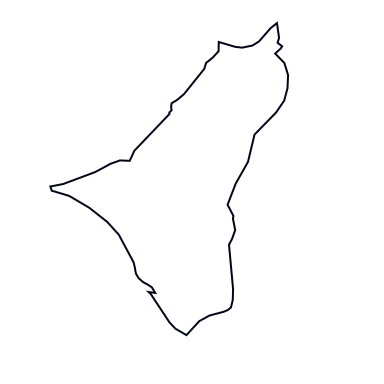 the border of Western, rotated 72°
{"feature_id": "SLE-761", "entity_name": "Western", "entity_type": "Province", "adm_level": 1, "iso_a3": "SLE", "parent_name": "Sierra Leone", "parent_adm1": "", "projection": "natural_earth1", "projection_center": [-13.113, 8.336], "detail": "fine", "context": "isolated", "style": "outline", "palette": "ink", "viewbox_px": 384, "rotation_deg": 72, "n_neighbors": 0, "source": "natural_earth", "source_scale": "10m", "svg_char_len": 995}
<svg xmlns="http://www.w3.org/2000/svg" viewBox="0 0 384 384"><g transform="rotate(72 192 192)"><path d="M273.7,264.2L276.6,258.2L270.3,259.6L266.3,262.8L262.7,266.3L257.6,269.3L252.8,270.5L249.8,270.3L246.5,269.7L240.7,269.3L210.0,274.8L194.2,281.9L175.1,294.7L157.8,310.0L147.4,325.0L143.0,325.0L144.6,312.2L143.1,277.8L140.0,260.8L139.7,250.8L143.1,241.6L134.9,234.0L110.8,189.3L109.4,189.0L107.9,186.1L104.6,185.6L101.3,184.0L99.9,177.9L96.4,169.3L78.7,142.3L73.6,138.7L70.6,130.8L66.3,123.2L57.6,120.2L67.2,106.2L70.2,99.7L71.4,89.3L69.5,81.7L60.4,66.5L57.6,59.0L72.4,61.6L76.5,64.5L81.3,61.2L82.9,63.2L86.1,70.1L97.8,64.3L110.5,64.5L122.8,69.1L133.6,76.1L142.4,87.5L156.7,114.8L180.6,129.4L197.5,147.8L215.1,162.1L227.6,160.0L229.9,161.3L241.6,162.7L249.0,168.4L253.5,173.1L296.9,182.9L307.3,186.6L313.8,190.6L315.3,194.2L315.7,198.9L314.9,213.7L317.1,225.0L326.4,241.5L316.9,250.0L309.1,253.7L275.0,263.1L273.9,264.1L273.7,264.2Z" fill="none" stroke="#020617" stroke-width="2"/></g></svg>